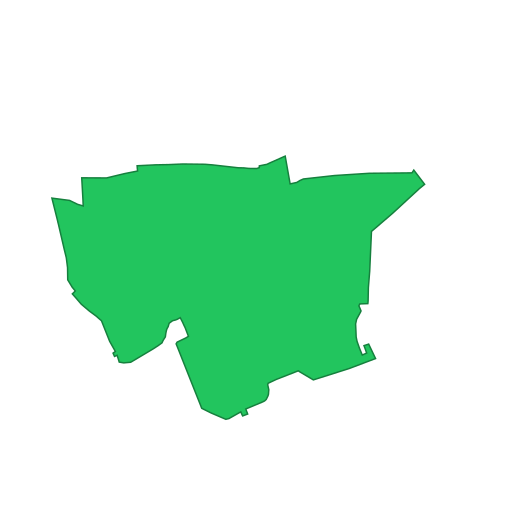 the district of Muski, Al Qahirah, Egypt, rotated 246°
{"feature_id": "37247803B88500614059504", "entity_name": "Muski", "entity_type": "district", "adm_level": 2, "iso_a3": "EGY", "parent_name": "Egypt", "parent_adm1": "Al Qahirah", "projection": "albers", "projection_center": [31.252, 30.05], "detail": "fine", "context": "isolated", "style": "filled", "palette": "green", "viewbox_px": 512, "rotation_deg": 246, "n_neighbors": 0, "source": "geoboundaries", "source_scale": "gbopen_adm2", "svg_char_len": 2156}
<svg xmlns="http://www.w3.org/2000/svg" viewBox="0 0 512 512"><g transform="rotate(246 256 256)"><path d="M252.9,439.2L270.3,435.1L269.4,433.7L268.5,432.3L285.5,393.1L290.9,378.5L297.6,360.4L307.1,330.6L307.1,326.9L307.0,326.2L306.6,323.2L308.0,316.5L335.4,323.3L335.4,309.1L335.4,306.1L335.3,303.2L335.6,302.0L337.0,295.7L336.0,295.2L335.4,294.9L335.6,292.3L338.8,285.3L340.1,283.0L341.4,280.8L343.8,275.7L357.0,253.2L360.6,246.6L369.8,226.6L375.1,213.2L377.9,206.6L378.9,204.2L379.9,201.9L386.8,184.1L384.3,183.2L381.8,182.4L384.7,169.6L388.1,151.2L398.3,128.6L377.8,120.8L372.0,118.5L375.7,114.1L382.6,108.3L391.9,93.1L368.5,89.0L367.1,88.7L365.8,88.5L339.9,83.5L331.6,82.0L322.0,79.1L310.8,74.3L302.2,75.4L297.6,76.7L296.8,74.8L296.1,72.8L292.0,74.1L283.0,76.8L273.6,81.3L265.8,85.7L263.1,86.9L261.2,87.8L259.7,88.5L237.6,87.6L226.0,88.7L225.7,87.4L225.4,85.9L221.8,85.9L221.8,87.7L221.8,88.7L218.6,88.4L214.7,87.9L213.7,89.4L212.2,91.6L209.9,98.3L212.9,123.7L213.4,127.0L213.5,127.5L213.9,130.1L214.9,134.8L215.9,135.9L216.8,137.0L219.0,140.3L222.1,142.2L224.2,143.7L225.8,145.1L227.2,147.0L229.9,149.3L230.8,153.5L230.4,155.8L230.3,156.4L230.2,158.3L230.5,161.7L225.3,162.0L222.2,162.0L219.2,162.1L210.1,161.6L209.9,160.1L209.7,158.6L209.4,148.9L208.2,147.3L204.8,147.2L163.6,145.5L141.4,144.6L140.2,144.5L138.9,144.5L130.9,151.1L119.1,162.0L118.8,163.6L118.5,165.2L119.8,178.7L116.6,178.7L115.3,178.8L115.1,182.6L115.0,184.1L116.4,184.2L120.4,184.4L120.0,202.2L120.0,203.3L120.1,204.9L120.8,207.0L123.4,210.1L124.7,211.2L126.8,212.3L128.6,213.3L133.6,214.3L134.8,215.3L134.9,219.7L135.0,224.4L133.9,248.0L133.1,248.4L132.3,248.9L119.5,258.0L115.3,295.4L113.7,323.5L129.7,323.1L130.2,318.2L127.0,318.0L122.3,317.6L122.3,312.8L129.5,313.0L137.0,313.6L139.2,314.1L141.4,314.6L145.9,316.4L153.5,319.4L155.4,320.8L157.3,322.2L161.2,327.3L162.1,328.5L163.1,329.6L166.4,329.7L168.6,329.7L169.3,330.5L170.0,331.3L168.9,334.1L167.0,338.8L168.2,339.5L169.5,340.2L181.4,345.8L195.7,353.6L209.7,360.6L216.1,363.8L231.5,371.5L232.0,373.2L232.5,374.9L239.6,398.6L251.1,432.6L252.0,435.9L252.9,439.2Z" fill="#22c55e" stroke="#15803d" stroke-width="1.5"/></g></svg>